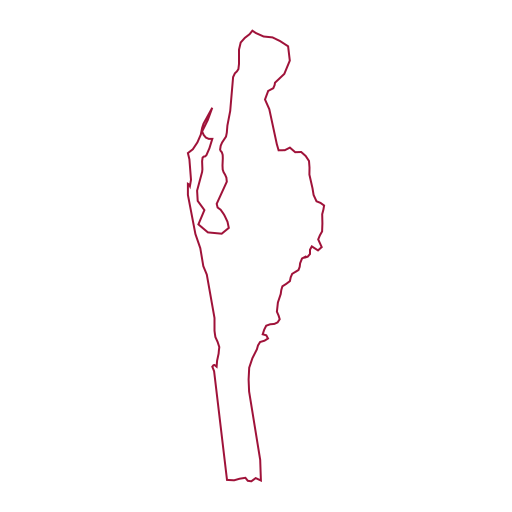 map outline of Puttalama (Natural Earth projection)
{"feature_id": "LKA-2462", "entity_name": "Puttalama", "entity_type": "District", "adm_level": 1, "iso_a3": "LKA", "parent_name": "Sri Lanka", "parent_adm1": "", "projection": "natural_earth1", "projection_center": [79.891, 7.922], "detail": "fine", "context": "isolated", "style": "outline", "palette": "rose", "viewbox_px": 512, "rotation_deg": 0, "n_neighbors": 0, "source": "natural_earth", "source_scale": "10m", "svg_char_len": 2265}
<svg xmlns="http://www.w3.org/2000/svg" viewBox="0 0 512 512"><path d="M227.0,479.9L214.1,371.2L212.3,366.7L213.5,365.2L214.5,365.0L216.6,366.7L217.1,360.7L218.6,353.7L218.9,350.4L219.3,347.1L217.6,341.9L215.4,337.1L214.9,333.9L214.5,330.7L214.5,318.0L207.6,279.1L206.8,274.6L203.3,266.1L200.3,248.2L195.4,234.0L187.9,194.9L187.9,183.8L189.1,184.5L189.3,184.7L189.3,185.0L189.9,186.2L191.0,179.8L189.4,159.3L187.9,153.1L192.8,149.3L197.4,142.4L200.8,134.6L202.1,128.0L203.5,123.7L212.3,107.7L212.2,107.9L207.8,120.0L202.1,131.5L203.4,134.3L203.7,135.0L205.9,137.6L208.8,138.9L212.3,138.9L209.4,148.3L206.4,155.2L205.1,156.4L203.7,156.6L202.6,157.6L202.1,161.2L202.4,169.4L202.1,172.0L197.1,190.6L197.3,194.0L197.7,200.9L202.9,208.0L204.4,210.1L198.4,224.4L207.9,232.4L221.7,233.7L228.8,227.9L227.5,221.8L225.2,216.9L224.3,215.1L223.3,213.5L220.6,209.7L217.6,207.5L216.7,203.8L226.8,181.7L226.4,177.7L225.1,174.7L223.6,172.2L222.7,169.6L222.5,165.4L222.8,158.3L222.7,155.3L222.7,155.2L222.6,154.6L221.8,152.2L221.3,151.7L220.7,151.0L220.1,149.6L220.7,145.7L222.1,142.5L226.0,136.6L226.8,132.7L227.4,125.5L230.2,111.0L233.1,77.1L234.9,73.3L236.9,71.4L238.4,69.1L239.0,64.0L239.0,49.6L240.7,42.5L244.8,37.9L249.6,34.2L252.4,30.7L255.8,33.0L263.6,36.5L272.5,37.4L280.1,41.1L288.1,46.3L289.8,60.6L284.3,73.9L275.0,82.7L274.6,85.1L273.3,88.2L268.2,90.9L265.0,99.5L269.3,109.2L276.8,144.1L278.6,150.3L284.8,150.2L289.9,147.6L295.2,152.2L301.2,152.0L305.7,156.0L309.0,161.0L309.5,167.6L309.4,174.6L312.5,188.3L313.6,195.0L316.5,201.3L320.5,202.9L324.1,205.5L323.4,209.6L322.2,214.2L322.4,223.5L322.1,231.4L319.9,235.3L318.2,239.4L321.7,247.1L318.0,250.4L311.8,246.4L310.0,249.7L310.0,254.0L307.7,256.7L305.8,257.3L306.0,256.7L306.4,256.2L302.0,258.5L300.1,263.3L299.7,266.8L298.5,270.0L292.2,273.8L290.7,277.3L289.9,281.1L286.2,283.9L282.4,286.3L281.3,290.0L280.7,294.1L277.9,302.5L276.9,311.7L278.6,315.6L279.7,319.2L277.6,322.4L274.4,323.9L270.1,324.3L266.2,325.7L264.2,329.7L262.7,334.3L266.3,335.3L268.0,338.5L264.5,340.7L260.1,342.0L258.0,345.4L256.9,349.3L252.4,358.2L249.2,367.7L248.6,379.6L249.1,391.5L260.2,459.9L260.9,480.5L255.7,478.1L251.3,481.3L247.8,480.8L245.4,477.8L239.7,478.7L234.1,480.3L227.0,479.9Z" fill="none" stroke="#9f1239" stroke-width="2"/></svg>